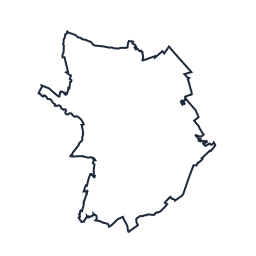 Targu Jiu, Gorj, Romania, rotated 263°
{"feature_id": "2599482B9507292753009", "entity_name": "Targu Jiu", "entity_type": "district", "adm_level": 2, "iso_a3": "ROU", "parent_name": "Romania", "parent_adm1": "Gorj", "projection": "natural_earth1", "projection_center": [23.276, 45.047], "detail": "fine", "context": "isolated", "style": "outline", "palette": "slate", "viewbox_px": 256, "rotation_deg": 263, "n_neighbors": 0, "source": "geoboundaries", "source_scale": "gbopen_adm2", "svg_char_len": 5658}
<svg xmlns="http://www.w3.org/2000/svg" viewBox="0 0 256 256"><g transform="rotate(263 128 128)"><path d="M112.5,202.4L113.1,201.7L118.5,199.2L121.4,198.3L127.2,194.5L130.1,199.4L137.2,197.4L149.6,189.1L147.2,186.0L145.3,187.2L145.1,187.0L145.7,186.5L144.5,185.0L145.7,184.2L146.1,184.6L147.4,183.8L148.1,184.6L148.3,184.4L148.7,185.1L147.4,185.7L149.5,188.6L150.3,188.2L150.6,188.8L150.9,188.9L152.1,188.5L153.2,192.8L153.2,194.3L153.6,194.5L153.7,195.4L155.9,195.5L158.4,195.0L166.3,193.9L168.9,193.3L170.1,194.8L171.0,193.2L171.5,192.6L174.4,190.8L174.6,190.6L175.8,197.7L192.0,186.5L199.5,181.4L203.9,178.6L197.6,173.0L200.0,171.5L194.6,163.3L196.0,163.5L193.2,151.1L193.3,150.6L193.8,150.5L195.2,151.4L196.2,151.7L197.7,151.5L199.4,151.7L200.8,151.2L201.2,151.3L201.5,151.6L202.1,151.0L203.1,150.4L202.8,150.1L202.9,149.9L202.7,149.5L202.9,148.7L204.9,147.6L205.8,146.8L205.1,146.0L205.0,145.4L205.9,144.9L206.4,144.9L207.6,145.9L208.1,145.6L207.2,144.7L207.3,144.5L208.7,145.5L209.1,145.4L209.7,145.0L211.4,142.7L212.8,143.7L213.2,143.4L213.7,142.3L213.8,140.3L214.2,139.5L212.6,138.5L211.9,138.4L210.2,137.8L208.0,137.3L208.0,136.3L207.7,135.7L208.4,131.4L208.4,130.6L208.1,128.0L208.1,127.2L209.0,123.5L209.9,121.7L210.1,119.0L211.3,115.5L211.8,114.2L213.9,105.1L214.5,103.9L217.3,102.1L218.4,101.1L219.0,99.2L219.9,98.2L220.8,96.1L221.9,93.0L222.8,92.5L223.2,92.1L223.6,91.0L223.9,89.7L224.5,88.9L226.5,87.4L228.5,83.7L229.3,81.6L231.1,79.5L229.2,78.7L228.9,77.8L228.3,77.0L227.7,77.1L226.0,76.3L225.0,76.1L224.1,75.3L223.0,74.8L222.0,74.6L221.2,74.6L219.1,73.8L218.4,73.9L218.0,74.3L216.8,74.3L214.9,73.8L213.7,73.8L212.2,73.5L210.1,72.9L208.0,71.7L207.3,71.6L206.0,71.7L205.9,73.6L191.0,75.3L190.9,73.7L190.8,73.4L189.8,74.6L188.8,75.3L187.0,77.7L183.6,76.3L182.3,77.7L180.8,77.1L180.7,76.2L174.6,74.7L175.2,73.7L172.8,73.1L169.6,71.7L170.0,71.1L168.8,70.4L168.9,70.2L168.7,70.1L169.7,69.0L170.6,69.5L172.0,67.1L171.9,66.9L172.4,65.9L171.6,65.6L171.8,65.2L170.9,64.7L169.7,64.2L169.3,64.3L167.5,63.7L168.2,62.5L168.8,61.8L177.0,54.3L179.9,49.1L180.7,47.4L179.4,47.8L177.6,46.2L173.5,43.5L173.0,44.3L172.6,44.5L172.2,45.4L170.2,46.5L169.8,46.9L169.6,47.3L169.6,47.6L170.6,48.6L170.1,49.0L169.9,49.4L170.0,49.9L168.0,51.3L166.8,51.6L165.9,54.5L165.7,54.8L161.4,57.1L161.0,57.9L160.4,58.4L159.6,58.6L159.0,58.2L158.6,59.7L158.9,61.0L158.7,62.6L158.3,63.3L157.7,63.7L155.5,64.3L154.9,64.9L154.7,65.6L153.9,66.2L154.3,67.9L154.0,68.3L153.4,68.5L152.8,68.6L152.3,68.4L151.6,67.8L150.8,67.7L150.0,67.8L149.4,68.2L148.9,69.1L148.8,70.1L149.8,72.0L149.5,73.1L149.0,73.9L147.3,74.6L146.6,75.5L145.8,76.1L145.6,77.0L146.1,78.1L144.8,80.2L142.2,82.5L138.7,84.1L137.1,84.5L136.9,84.5L136.7,82.3L136.4,82.5L133.8,82.5L131.2,82.9L129.2,82.9L128.5,82.4L127.2,82.8L124.6,81.5L121.6,81.2L120.9,80.6L120.7,80.0L120.3,79.5L119.6,78.9L119.3,78.1L117.0,76.9L116.0,76.0L115.8,75.6L114.8,74.8L112.6,72.4L112.3,72.4L111.5,71.5L111.0,70.8L108.8,69.3L107.4,67.6L107.3,67.9L106.8,68.1L107.4,69.4L107.0,69.7L106.5,69.7L106.4,69.9L105.7,79.2L105.2,79.7L105.3,80.3L105.1,80.4L104.6,81.9L103.4,84.9L103.5,87.2L103.4,88.1L102.8,89.1L102.5,89.5L102.5,89.8L102.0,90.5L101.8,90.5L102.1,89.9L101.9,89.7L101.5,90.7L100.7,91.4L100.2,91.3L99.9,91.5L99.9,91.4L100.6,90.0L99.5,89.9L97.6,88.8L95.8,90.3L91.0,88.9L87.5,88.6L86.4,88.3L85.0,88.6L84.7,89.3L84.4,89.2L83.3,88.8L83.2,88.3L84.7,87.4L85.3,87.4L85.2,87.2L85.6,86.5L86.2,85.8L86.4,85.7L86.6,86.0L86.8,86.0L86.9,85.1L83.3,83.1L75.7,80.1L76.2,79.1L70.7,76.4L70.8,76.7L70.4,77.1L70.4,77.7L70.2,78.0L70.5,78.4L70.2,79.6L70.5,80.0L70.2,80.1L68.5,78.8L68.1,79.3L64.2,77.2L60.1,75.3L60.2,75.0L57.3,74.7L53.7,73.3L53.1,73.0L53.0,72.8L52.8,72.7L51.1,72.3L51.3,71.8L51.9,71.0L51.7,70.7L51.0,70.5L50.9,70.2L49.4,70.1L48.7,69.9L48.5,69.0L45.9,69.6L45.2,68.1L43.3,68.9L40.3,70.5L40.6,71.7L40.4,72.8L41.0,72.7L41.5,73.2L41.7,73.6L42.7,74.6L44.0,75.2L44.0,75.6L44.3,76.2L44.8,76.5L45.6,76.5L44.3,77.3L44.9,77.9L44.2,78.3L44.6,78.9L44.4,79.1L44.4,79.9L45.1,80.9L45.0,81.5L45.4,82.5L46.1,82.9L46.5,82.9L46.7,83.1L46.7,83.3L47.2,83.3L46.5,83.9L46.2,83.8L45.6,84.5L45.7,84.9L44.8,85.9L44.5,86.0L41.8,85.9L41.1,85.5L40.3,84.3L40.1,84.6L39.8,86.2L39.2,88.0L38.6,89.4L36.7,92.4L36.4,93.7L35.2,96.3L34.6,96.7L32.3,97.2L33.6,99.9L37.5,105.1L38.8,106.7L40.4,112.1L35.9,113.3L35.6,113.7L30.7,115.4L26.5,115.5L24.9,115.9L24.9,116.1L25.1,116.7L26.1,118.0L26.5,118.9L30.4,126.0L33.4,124.9L35.7,125.0L36.7,125.1L37.3,125.8L39.2,129.5L39.2,129.8L38.6,131.6L38.8,132.3L39.1,132.5L39.3,133.5L39.2,135.6L39.3,135.9L39.7,136.3L39.7,138.2L39.1,140.0L39.0,141.4L38.6,142.5L38.6,143.3L38.7,143.6L39.3,144.1L39.9,144.3L40.4,145.2L40.3,146.0L40.5,146.5L40.9,146.8L40.5,147.9L40.9,148.5L41.3,150.1L45.3,155.1L47.6,157.6L49.4,155.4L53.3,159.9L53.1,160.0L54.5,161.7L53.8,162.2L53.4,162.3L53.3,162.5L52.4,162.9L51.5,165.2L50.9,165.7L50.2,165.8L54.3,173.4L54.8,174.1L56.2,175.0L70.8,182.1L83.0,188.5L82.6,191.5L85.0,193.0L84.8,193.3L85.7,195.1L86.0,195.3L86.9,196.8L88.0,197.9L88.4,198.3L89.1,197.5L89.9,198.8L95.6,206.6L95.0,207.3L99.8,212.3L100.1,212.5L100.6,212.5L103.2,211.3L102.3,210.6L101.1,209.0L102.3,207.3L102.1,206.9L102.6,206.7L101.1,203.7L101.1,203.4L100.9,202.9L101.0,202.2L101.7,202.1L103.0,200.7L103.4,200.6L104.3,202.7L104.3,202.9L103.9,203.1L104.6,204.6L105.5,204.3L105.0,202.8L105.3,203.0L105.8,202.6L105.6,201.0L106.1,200.6L105.8,198.6L106.2,198.1L106.3,197.4L106.8,197.3L106.8,196.6L107.5,196.6L107.4,198.3L108.3,198.7L108.3,198.2L108.9,196.6L109.3,196.2L111.2,195.4L111.5,194.7L111.8,194.8L112.5,194.3L112.7,194.6L110.9,197.9L110.7,198.8L110.9,199.5L110.8,199.9L111.7,201.6L112.2,202.3L112.5,202.4Z" fill="none" stroke="#1e293b" stroke-width="2"/></g></svg>